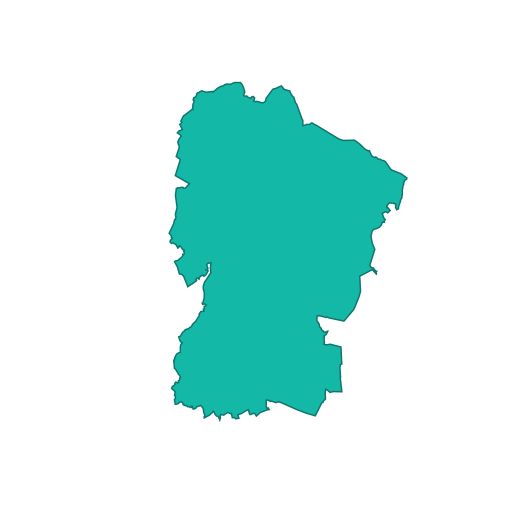 the district of Tullamore Lea-7, Offaly, Ireland, rotated 225°
{"feature_id": "5873133B47279722730616", "entity_name": "Tullamore Lea-7", "entity_type": "district", "adm_level": 2, "iso_a3": "IRL", "parent_name": "Ireland", "parent_adm1": "Offaly", "projection": "albers", "projection_center": [-7.574, 53.293], "detail": "fine", "context": "isolated", "style": "filled", "palette": "teal", "viewbox_px": 512, "rotation_deg": 225, "n_neighbors": 0, "source": "geoboundaries", "source_scale": "gbopen_adm2", "svg_char_len": 5537}
<svg xmlns="http://www.w3.org/2000/svg" viewBox="0 0 512 512"><g transform="rotate(225 256 256)"><path d="M339.2,224.1L336.9,220.3L333.5,210.7L329.8,210.4L329.2,209.3L327.6,209.3L327.7,206.5L326.4,205.0L324.7,205.2L324.5,206.1L321.1,207.5L316.8,206.4L316.8,208.2L317.3,208.3L317.5,208.9L316.2,209.6L313.4,208.9L312.4,208.9L311.5,209.4L310.7,209.3L310.7,208.2L308.9,207.7L308.5,207.0L308.3,205.9L309.0,205.6L309.0,205.3L308.1,204.6L307.7,202.9L308.2,197.2L309.5,195.5L309.6,194.4L303.8,192.7L297.5,189.1L295.6,190.5L293.3,190.7L282.5,186.1L280.6,196.0L280.8,196.7L281.9,196.7L282.2,198.6L279.9,199.4L280.9,200.7L280.9,203.6L280.6,203.5L279.8,205.1L278.5,204.8L278.1,207.4L279.4,211.6L281.6,211.0L280.9,213.0L284.8,215.1L284.8,216.7L283.2,219.4L280.2,215.7L276.2,212.3L274.5,204.9L274.0,201.4L272.1,197.6L269.5,195.0L267.6,194.2L265.9,192.8L262.8,189.5L260.6,185.5L260.8,184.6L259.5,184.1L258.4,185.9L256.3,186.0L256.6,184.0L257.0,183.7L255.6,182.6L255.3,181.8L255.6,181.2L253.8,180.1L255.7,177.7L255.2,174.7L254.1,174.2L252.5,167.3L252.6,162.6L252.0,161.6L251.8,159.5L252.3,158.6L252.3,156.4L253.0,155.9L253.9,153.6L253.6,152.7L253.9,150.2L252.8,145.9L253.5,144.2L250.1,142.4L247.2,142.0L246.7,142.3L246.4,140.0L245.2,138.2L241.4,134.4L242.2,132.9L242.7,130.2L241.4,126.3L240.2,124.8L240.5,124.2L240.0,124.0L239.2,122.8L238.2,122.3L234.2,118.9L232.4,119.1L230.5,118.3L229.7,118.5L227.5,117.6L226.0,117.6L223.5,116.9L223.6,115.7L222.3,114.2L222.6,112.8L221.7,112.4L221.5,111.7L221.4,110.9L223.5,110.3L223.7,109.9L223.3,108.6L222.6,108.1L222.4,105.9L222.9,104.9L222.1,102.7L217.2,102.9L215.0,99.8L214.2,100.1L212.5,98.6L212.1,96.7L208.3,94.1L207.8,94.4L206.6,96.7L206.7,98.0L205.8,100.1L203.7,100.3L202.7,99.5L202.3,100.0L201.7,99.6L200.2,100.2L199.8,100.8L197.7,101.1L197.0,102.1L195.3,102.5L195.2,103.2L194.8,103.3L195.5,104.3L194.9,104.7L192.2,103.3L191.2,104.9L191.0,106.2L191.5,107.3L190.3,109.0L189.7,111.2L187.1,111.2L185.2,110.6L182.6,108.6L179.7,107.2L178.7,106.3L179.0,105.6L178.1,104.9L176.3,110.9L176.4,112.6L176.0,115.0L176.5,116.0L174.5,115.9L172.8,115.0L170.7,115.0L168.9,115.8L165.7,114.4L166.7,116.3L168.4,117.9L168.9,118.8L166.3,120.7L165.5,125.2L161.9,126.8L161.8,127.1L158.4,124.9L157.0,126.5L156.0,126.7L155.5,126.4L153.3,129.1L156.5,131.0L154.8,134.5L153.9,138.9L152.8,141.9L148.5,139.6L147.9,139.8L146.8,142.5L145.6,143.8L142.6,143.1L142.3,148.5L139.3,155.1L138.1,156.7L138.9,156.9L139.2,156.5L140.1,157.1L140.2,156.1L140.9,156.0L142.1,156.9L142.8,156.9L143.7,158.3L146.9,161.2L146.6,161.6L145.2,162.9L144.8,162.7L144.3,163.3L143.5,163.5L143.1,163.2L142.7,164.1L141.9,164.6L138.2,166.4L137.6,168.1L136.8,168.6L136.4,169.4L118.5,176.3L109.4,180.4L101.1,184.9L105.4,197.9L105.6,198.9L105.2,199.8L105.8,201.7L105.7,204.0L110.2,208.0L112.5,211.1L110.4,211.7L107.4,211.8L105.3,215.0L99.3,220.7L109.4,228.7L110.8,229.9L110.6,230.2L117.6,236.3L119.6,238.8L118.9,240.2L131.6,251.7L141.1,246.1L143.7,242.6L145.7,241.7L146.1,242.9L149.1,245.4L150.4,247.1L151.4,247.5L150.9,250.1L152.0,253.6L152.4,253.2L152.3,252.4L154.2,250.1L155.7,250.5L157.4,250.1L159.2,251.1L160.7,250.8L163.2,252.5L167.7,253.4L168.6,255.0L170.4,256.4L170.3,257.2L169.4,257.7L168.9,258.7L162.6,262.4L162.5,263.2L160.4,264.0L147.8,272.2L149.0,286.6L149.6,288.9L154.1,299.5L157.1,304.9L168.4,315.1L164.1,328.7L158.2,328.3L158.4,328.8L159.5,328.9L159.8,330.5L160.3,330.1L162.0,330.1L164.7,330.5L165.8,329.7L167.1,329.3L169.1,330.1L176.7,344.7L182.6,347.1L187.9,350.7L188.9,351.6L191.4,355.6L191.7,357.9L190.1,360.7L189.1,363.6L189.2,366.5L190.7,369.2L189.1,370.7L190.0,371.4L190.5,373.3L191.6,372.9L196.8,375.3L195.7,379.0L193.4,379.7L193.3,383.1L197.4,383.4L197.7,382.7L199.1,384.1L198.9,384.9L199.4,387.1L199.1,387.9L196.1,390.7L195.9,390.5L193.7,391.5L191.4,388.7L190.6,388.9L189.3,388.2L188.6,390.0L190.3,392.1L192.7,397.2L193.4,397.6L194.0,400.1L196.6,403.6L198.7,405.6L201.7,409.6L202.1,410.9L203.6,412.4L203.7,413.5L204.4,414.8L203.8,416.6L204.5,417.9L211.7,416.7L219.9,413.1L221.5,412.7L222.8,412.7L231.1,414.2L232.5,414.0L235.2,412.5L236.4,412.4L238.1,411.0L240.4,411.0L241.5,410.6L241.9,409.3L243.8,408.8L245.4,408.7L250.3,410.7L250.7,409.8L254.3,408.6L261.8,408.5L268.3,407.5L276.0,399.4L279.9,397.4L306.0,391.0L307.5,390.3L309.9,390.0L311.0,389.1L310.9,387.2L313.3,384.8L313.6,383.6L315.0,381.3L318.9,385.1L319.8,385.2L334.6,392.1L336.3,392.2L341.5,395.0L342.5,394.7L347.1,395.7L348.6,396.5L349.3,396.5L350.5,395.5L352.0,394.9L352.6,394.1L354.4,393.9L354.8,393.5L355.9,394.0L356.7,393.9L357.8,394.3L358.5,394.0L360.5,388.5L361.9,386.2L361.8,384.0L360.3,374.5L358.8,372.4L358.8,371.6L359.0,370.0L360.1,368.5L364.0,366.5L365.2,365.4L365.2,365.0L367.2,363.9L368.7,366.8L370.7,366.8L371.5,365.9L371.2,364.0L372.1,363.3L373.9,362.5L375.6,362.6L377.0,361.0L378.5,360.9L379.8,363.9L380.7,364.5L383.4,366.0L387.2,367.5L389.7,367.6L393.7,363.6L394.7,361.6L395.1,359.7L398.4,356.8L399.3,355.0L399.4,353.4L400.8,351.0L401.8,347.8L402.2,341.5L402.9,341.8L407.1,336.5L411.3,334.4L412.2,330.8L412.7,330.3L412.7,329.2L411.8,327.7L411.1,325.5L412.0,324.0L410.8,321.9L409.5,322.2L407.5,318.2L404.6,315.2L404.8,315.2L406.1,304.6L406.4,304.0L404.5,298.2L402.9,298.2L402.7,296.5L403.0,295.2L397.5,293.3L398.3,290.8L398.9,290.4L398.7,287.4L395.3,288.1L393.7,287.8L393.2,284.6L391.9,281.3L387.1,278.7L382.8,270.0L377.7,270.7L369.9,255.8L354.3,260.0L353.9,254.2L354.8,253.0L356.2,252.8L356.9,252.3L359.0,249.1L359.6,248.9L360.0,247.3L355.8,241.9L346.1,234.5L342.5,228.5L339.7,226.5L338.9,224.6L339.2,224.1Z" fill="#14b8a6" stroke="#0f766e" stroke-width="1.5"/></g></svg>